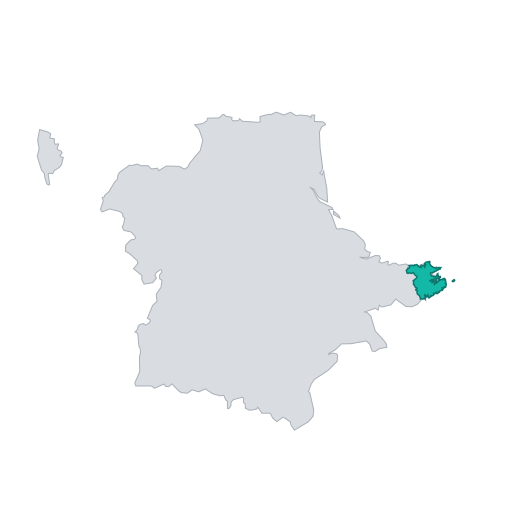 location of Finistère within France, rotated 165°
{"feature_id": "FRA-5292", "entity_name": "Finistère", "entity_type": "Metropolitan department", "adm_level": 1, "iso_a3": "FRA", "parent_name": "France", "parent_adm1": "", "projection": "mercator", "projection_center": [-4.177, 48.253], "detail": "fine", "context": "in_parent", "style": "filled", "palette": "teal", "viewbox_px": 512, "rotation_deg": 165, "n_neighbors": 0, "source": "natural_earth", "source_scale": "10m", "svg_char_len": 8572}
<svg xmlns="http://www.w3.org/2000/svg" viewBox="0 0 512 512"><g transform="rotate(165 256 256)"><path d="M392.6,213.9L389.6,215.6L387.7,219.0L385.7,219.9L382.2,219.9L380.5,217.8L376.3,219.1L374.5,221.3L377.1,224.0L368.6,235.0L363.3,237.9L362.2,245.0L355.9,250.3L353.5,255.9L353.3,257.1L354.9,258.9L354.2,262.5L351.0,264.9L351.1,267.2L352.0,267.5L356.8,265.7L358.7,263.5L357.7,260.6L362.6,257.0L371.4,257.8L372.4,262.7L371.3,266.7L377.6,275.4L372.1,279.4L371.8,282.1L377.4,290.8L380.9,294.4L379.0,300.2L373.1,303.9L369.3,303.6L367.7,304.5L367.8,306.3L370.4,311.5L376.9,314.9L377.8,318.8L376.1,320.2L373.1,326.2L374.4,329.1L373.9,330.4L374.5,332.3L376.2,334.3L385.1,339.3L393.2,338.4L394.2,341.2L389.2,348.9L389.5,352.3L387.0,352.4L386.6,353.6L381.6,356.1L373.6,363.8L369.9,366.1L368.4,369.9L366.2,372.1L354.7,376.5L352.6,375.5L347.0,375.6L343.5,372.9L336.8,371.1L334.6,367.1L328.4,366.3L328.0,363.6L319.2,366.1L306.9,362.4L302.6,358.4L299.0,359.5L295.8,363.0L282.5,372.3L277.3,381.9L278.3,393.1L281.3,398.6L273.2,397.7L268.5,399.3L267.2,401.7L255.8,398.9L251.5,401.2L250.4,401.1L248.9,398.7L243.3,396.1L244.2,394.3L243.4,392.6L238.1,391.3L236.3,392.9L234.3,389.7L219.5,384.6L217.1,384.7L216.1,389.7L206.6,389.6L205.3,388.7L199.1,389.7L192.6,385.0L185.4,385.9L180.9,381.1L176.6,380.7L170.5,378.3L167.7,376.9L167.3,375.5L165.6,377.7L163.3,377.2L162.8,376.5L164.2,373.8L164.5,370.7L156.9,368.4L154.9,366.1L154.9,364.9L159.0,363.8L162.7,359.4L166.2,343.5L168.7,324.4L170.6,320.8L173.0,319.8L171.1,317.2L168.7,320.6L170.1,303.0L172.9,289.6L179.3,295.1L180.8,297.5L182.7,305.4L186.3,308.7L184.0,305.5L181.7,295.0L180.2,291.9L170.0,283.1L169.6,281.0L174.1,282.1L172.3,275.4L171.2,261.3L165.0,259.9L155.0,253.9L148.2,243.0L147.4,238.9L149.2,234.6L147.6,231.8L144.7,229.9L146.9,226.2L149.0,225.8L156.2,228.0L150.3,224.4L140.7,225.6L136.9,224.4L136.3,221.8L138.8,218.5L135.7,216.4L130.2,216.9L129.5,216.0L131.1,213.6L129.8,212.7L125.3,213.6L122.8,212.8L120.4,210.1L113.2,209.5L111.6,207.9L101.6,204.7L91.2,205.3L88.3,199.8L82.0,197.1L83.2,195.3L89.6,193.7L90.8,192.2L86.2,189.9L84.5,187.6L93.0,187.1L89.2,184.6L80.9,184.8L79.8,181.5L80.9,178.1L85.7,175.0L97.6,171.7L106.3,171.6L112.5,167.6L118.5,166.6L124.3,168.5L132.2,178.2L138.4,173.9L147.6,174.1L149.6,176.5L152.0,172.1L154.1,174.6L165.4,173.8L162.8,172.1L160.6,167.9L160.2,152.6L154.4,141.5L152.9,137.4L153.3,133.9L160.1,134.6L165.7,133.0L168.4,134.1L169.0,141.3L171.4,145.4L187.0,146.7L196.1,149.0L203.6,144.9L210.7,143.1L211.3,142.1L207.2,142.5L203.5,140.8L202.9,138.9L204.9,133.2L215.8,126.9L231.7,121.6L235.7,118.1L240.4,111.6L239.4,109.9L240.1,92.3L242.4,86.4L248.5,82.2L264.0,77.9L265.9,83.6L265.8,86.8L269.9,91.8L271.9,93.3L278.7,90.6L281.9,95.3L282.9,100.5L291.0,102.7L293.4,109.5L294.9,108.0L300.0,108.3L302.4,108.9L305.7,111.8L304.7,115.9L306.1,117.8L304.7,121.5L305.7,123.1L315.0,123.1L317.8,121.4L319.1,117.7L321.9,115.5L323.0,116.2L321.2,123.1L322.5,124.9L323.2,129.8L326.7,130.2L333.6,134.2L339.3,140.7L346.5,139.6L352.1,143.2L357.9,141.3L363.4,143.3L365.3,145.2L370.4,154.3L374.3,152.4L377.1,153.5L378.0,156.1L388.4,154.6L390.3,157.1L392.5,158.1L405.7,161.5L405.9,164.8L398.2,174.4L394.9,188.0L392.6,192.7L391.8,196.2L392.4,198.5L392.0,202.1L390.4,210.9L391.3,213.4L392.6,213.9ZM439.7,385.7L439.1,390.8L440.9,394.4L441.5,408.9L437.7,415.8L437.0,424.2L432.3,434.1L424.9,429.7L422.7,427.2L424.7,423.4L420.5,421.4L421.5,417.7L421.0,415.8L418.0,415.6L417.9,414.7L420.1,411.8L420.0,410.0L417.2,407.8L416.6,405.8L419.4,403.6L418.1,401.6L416.6,401.1L420.3,394.5L422.9,392.5L428.7,390.7L431.1,388.2L434.9,389.5L435.5,388.9L436.8,378.4L438.1,378.3L439.3,379.7L439.7,385.7ZM170.4,276.2L169.5,279.4L165.6,273.9L165.1,270.9L170.4,276.2Z" fill="#d9dde1" stroke="#a8b0b8" stroke-width="1"/><path d="M110.8,207.1L110.3,207.1L109.5,206.9L108.8,206.9L108.6,206.9L108.4,206.8L108.1,206.4L107.0,206.4L106.5,206.2L106.3,205.7L106.1,205.6L104.8,206.4L104.4,206.0L103.9,206.0L103.3,206.1L102.9,206.1L102.3,205.1L102.2,204.9L102.0,204.7L101.9,204.5L102.0,204.0L101.8,204.0L101.6,204.0L101.3,203.8L101.2,203.4L100.8,202.8L100.1,202.4L99.4,202.2L99.6,203.0L99.5,203.6L98.9,204.2L98.4,204.0L98.6,204.1L98.8,204.0L99.0,203.8L99.1,203.5L98.8,203.6L98.5,203.6L98.3,203.7L98.2,204.0L97.5,203.5L97.1,203.3L96.7,203.3L96.4,203.1L96.1,202.7L95.9,202.1L95.8,201.5L95.5,201.9L95.7,202.5L96.0,203.0L96.3,203.3L96.3,203.5L96.0,203.5L95.7,203.6L95.5,203.8L95.3,204.0L94.8,203.2L94.4,203.3L94.4,203.8L94.7,204.0L94.6,204.3L94.6,204.5L95.3,204.5L95.3,204.8L94.4,205.6L94.0,205.8L93.4,206.0L89.7,205.8L89.7,205.6L89.7,205.0L89.7,204.8L89.9,204.7L90.1,204.7L90.3,204.7L90.4,204.4L90.3,203.7L90.0,202.8L89.7,201.8L89.3,201.1L88.1,199.5L85.9,197.7L85.6,197.6L85.3,197.8L85.0,198.2L84.7,198.4L83.9,197.6L83.5,197.5L82.6,197.6L80.7,197.0L80.9,196.9L81.0,196.7L81.1,196.4L81.3,196.2L81.3,195.9L81.5,195.8L81.7,196.0L81.8,196.0L90.0,194.2L91.4,194.6L91.8,194.5L91.9,194.2L92.1,193.1L92.0,192.7L91.7,192.3L91.6,192.0L91.5,191.2L91.1,190.8L90.1,190.6L89.9,190.4L89.7,190.3L89.6,190.0L89.5,189.8L88.9,190.0L87.6,189.2L86.8,189.4L86.5,190.1L86.1,190.9L85.7,191.7L85.0,191.9L85.3,191.1L85.4,190.8L85.1,190.4L84.9,190.1L84.9,189.8L85.0,189.3L85.2,189.2L85.3,189.0L85.1,188.6L84.8,188.6L83.3,188.5L83.4,188.1L83.3,187.7L83.6,187.6L83.8,187.6L84.0,187.7L84.3,187.7L84.6,187.6L84.6,187.3L84.6,187.1L84.5,186.9L85.0,185.7L85.3,185.4L85.7,185.6L85.4,187.0L86.1,187.4L88.3,187.2L88.6,187.3L88.8,187.5L89.0,187.7L89.3,187.7L89.6,187.7L90.8,187.3L92.5,187.2L92.3,187.4L92.2,187.4L91.8,187.5L92.3,187.7L94.4,187.2L94.4,186.9L93.6,187.0L93.3,186.8L93.2,186.4L93.0,186.7L92.6,186.8L92.3,186.7L92.1,186.3L90.9,186.4L91.1,186.0L91.4,185.9L91.5,185.7L91.8,185.4L92.3,184.8L91.9,184.8L91.3,185.3L90.9,185.4L90.9,185.1L91.1,185.1L91.1,184.8L90.9,184.8L90.8,185.0L90.7,185.2L90.6,185.4L90.2,185.2L89.4,185.8L88.8,185.9L88.9,185.7L89.0,185.6L88.8,185.4L88.6,185.6L88.3,185.7L88.0,185.8L87.7,185.9L87.7,185.6L89.1,183.9L89.4,183.7L91.8,182.2L91.3,182.3L90.5,182.8L90.0,183.0L88.3,183.3L87.6,183.6L86.0,184.6L84.7,184.9L84.0,185.3L83.5,185.4L83.0,185.3L82.2,184.9L81.7,184.8L81.6,185.0L81.5,185.5L81.3,185.6L80.0,185.6L79.7,185.5L79.5,185.1L79.3,184.3L79.8,184.3L79.8,183.8L79.3,182.8L79.3,182.0L79.4,181.3L79.7,180.8L80.2,180.7L80.2,180.4L79.5,179.9L79.8,178.8L80.4,177.7L80.9,177.0L81.1,177.2L81.4,177.3L81.2,177.0L81.6,176.7L82.1,176.6L82.9,176.5L83.4,176.6L84.2,177.1L84.5,177.0L83.9,176.2L83.8,175.7L84.1,175.4L85.2,175.7L85.7,175.7L85.0,175.4L85.2,175.2L84.9,174.9L84.9,174.7L86.8,174.7L87.4,174.6L88.3,174.2L88.8,174.1L88.5,173.9L88.3,173.9L88.3,173.6L89.1,173.5L89.8,173.0L90.4,172.8L91.1,172.8L91.6,173.4L91.4,174.2L92.0,174.1L92.7,173.7L93.0,173.6L93.3,173.7L93.9,173.9L94.2,173.9L94.2,173.6L93.7,173.5L93.9,173.1L94.3,172.6L94.7,172.3L95.2,172.1L95.8,172.0L96.4,172.0L96.8,172.3L97.0,172.1L97.2,172.3L97.3,172.5L97.5,172.5L97.7,172.4L97.8,172.1L97.8,171.8L97.7,171.5L98.0,171.4L98.3,171.3L98.9,171.0L99.8,170.7L99.9,170.8L99.9,171.2L99.8,171.5L100.1,171.8L100.1,172.0L99.9,172.0L99.9,172.3L100.2,172.5L100.4,172.8L100.4,173.1L100.3,173.6L101.0,172.9L101.3,172.7L101.8,172.8L101.6,173.0L101.5,173.3L101.8,173.7L102.5,174.2L102.9,174.7L103.0,174.4L102.9,174.1L103.0,173.9L102.9,173.6L102.8,173.3L102.7,172.5L102.9,172.5L102.9,172.8L103.0,172.9L103.2,173.1L103.2,172.4L103.2,171.7L103.4,171.3L103.7,171.5L103.8,171.3L103.9,171.1L103.9,170.9L103.9,170.7L104.2,171.2L104.7,171.3L105.9,171.2L106.2,171.4L106.7,171.9L107.0,172.0L107.4,172.0L108.3,171.8L108.2,172.4L108.3,174.8L108.4,175.4L108.7,175.8L109.8,177.2L109.9,177.6L110.0,178.1L110.0,178.6L109.9,179.1L109.3,180.1L109.3,180.6L109.5,180.9L110.0,181.0L110.4,181.5L110.4,181.9L110.3,182.2L110.0,182.5L109.8,182.6L109.2,182.6L108.9,182.9L108.9,183.2L108.9,183.7L109.0,183.8L109.7,184.1L109.9,184.2L110.1,184.4L110.2,184.7L110.3,185.8L110.4,186.2L111.1,187.5L111.2,187.9L111.0,188.8L110.6,189.4L110.4,190.2L110.7,191.3L110.1,191.6L106.5,193.2L106.1,193.6L105.9,194.3L105.9,194.8L106.1,195.0L106.3,195.2L107.2,196.2L107.4,196.6L108.1,198.8L108.5,199.2L109.9,198.9L110.5,199.0L111.8,199.9L112.4,200.1L113.6,199.8L114.1,200.0L114.4,200.4L114.6,201.2L114.6,201.7L114.5,203.0L114.3,203.5L114.0,203.7L113.3,203.7L113.0,203.8L112.8,204.1L112.7,204.4L112.6,204.8L112.3,205.1L112.0,205.1L111.4,204.8L111.1,204.7L110.9,204.8L110.7,205.0L110.4,205.5L110.4,205.9L110.4,206.4L110.6,206.8L110.8,207.1ZM72.6,180.4L72.6,180.5L72.8,180.7L72.9,180.9L71.6,181.6L71.2,181.7L71.3,181.4L71.4,181.5L71.5,181.5L71.4,181.1L71.1,181.0L70.5,181.2L70.5,180.9L71.5,180.3L72.1,180.2L72.6,180.4Z" fill="#14b8a6" stroke="#0f766e" stroke-width="1.5"/></g></svg>